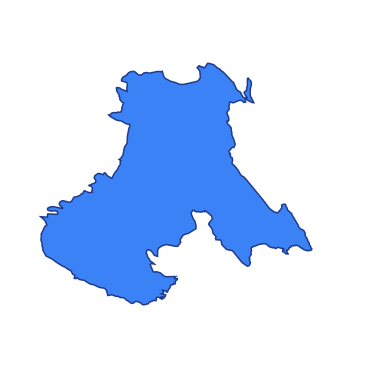 the district of Malemba-Nkulu, Katanga, Democratic Republic of the Congo, rotated 291°
{"feature_id": "63176286B11863220768150", "entity_name": "Malemba-Nkulu", "entity_type": "district", "adm_level": 2, "iso_a3": "COD", "parent_name": "Democratic Republic of the Congo", "parent_adm1": "Katanga", "projection": "equal_earth", "projection_center": [26.787, -8.06], "detail": "fine", "context": "isolated", "style": "filled", "palette": "blue", "viewbox_px": 384, "rotation_deg": 291, "n_neighbors": 0, "source": "geoboundaries", "source_scale": "gbopen_adm2", "svg_char_len": 5964}
<svg xmlns="http://www.w3.org/2000/svg" viewBox="0 0 384 384"><g transform="rotate(291 192 192)"><path d="M168.6,303.9L171.3,301.0L171.7,301.3L171.9,302.1L173.1,302.7L173.9,302.9L174.5,302.5L176.4,304.2L177.4,304.1L178.1,306.3L179.1,306.9L179.1,307.9L179.8,308.9L179.8,311.2L178.8,313.9L179.1,314.8L178.5,315.6L178.3,317.1L178.5,320.9L178.7,321.4L179.3,321.6L179.6,323.2L180.7,324.3L181.7,324.4L182.6,322.9L183.6,322.3L185.2,320.2L186.7,319.4L187.8,317.6L189.5,316.5L191.7,313.3L194.3,312.3L196.2,310.0L196.5,306.1L197.8,303.9L199.0,303.1L206.6,293.4L207.5,292.8L209.4,287.8L211.5,286.1L212.0,285.1L213.8,283.9L213.9,282.9L213.3,281.7L212.0,280.4L209.0,281.5L203.8,279.7L203.1,278.8L202.9,275.8L204.3,270.4L209.9,261.4L223.5,237.4L224.9,234.4L224.6,233.4L225.9,230.8L228.8,227.3L231.5,222.8L233.0,219.0L236.4,218.5L238.2,217.3L238.5,216.8L238.4,216.0L240.1,214.0L240.7,214.5L241.1,214.4L242.9,212.1L244.0,211.7L245.5,212.9L246.6,212.7L247.5,213.2L248.8,215.2L252.1,215.2L255.3,212.8L259.8,208.5L261.1,208.3L264.3,206.1L265.7,205.7L267.0,204.1L268.2,201.1L270.6,199.2L271.2,200.5L272.3,200.7L274.9,199.4L278.5,196.0L282.8,197.1L285.0,195.7L286.5,195.8L288.8,195.0L289.6,195.1L290.0,198.6L294.0,202.6L295.1,204.9L295.1,206.1L294.2,208.2L295.2,209.9L297.5,208.5L298.0,209.2L297.2,214.0L297.1,216.0L297.5,217.7L302.6,212.1L306.2,210.4L309.8,209.4L314.3,208.8L316.4,207.5L318.5,203.5L317.7,203.1L311.3,205.5L307.4,206.0L306.9,206.6L306.1,206.5L304.4,205.1L303.8,204.9L303.2,205.2L301.2,207.4L299.8,209.7L298.8,208.0L298.8,205.8L301.1,202.9L301.8,202.6L302.7,200.7L303.0,198.5L303.7,196.8L306.7,194.0L307.9,192.4L308.8,192.1L309.7,189.6L315.1,178.4L315.8,175.2L316.3,174.8L316.9,172.9L316.9,170.6L317.5,169.9L318.7,166.4L318.3,164.4L318.5,163.5L317.8,160.5L312.4,159.2L312.2,158.4L312.6,156.6L312.1,156.1L312.1,154.7L312.5,154.2L312.4,153.3L309.9,152.2L307.8,155.9L302.3,158.6L300.9,158.7L298.2,158.0L296.6,156.4L289.4,145.5L288.1,141.7L288.2,137.2L287.7,132.3L288.4,126.5L289.7,124.3L294.1,120.9L293.1,120.0L292.4,117.0L288.5,110.9L287.8,110.5L287.3,106.7L286.5,105.9L286.1,104.6L283.0,102.9L282.2,100.3L283.7,95.6L283.7,94.1L282.2,91.5L280.7,90.1L277.7,89.0L274.4,86.4L271.9,85.9L270.4,86.4L270.9,91.7L270.1,92.8L265.5,94.0L262.6,95.4L262.8,92.7L262.5,91.7L262.7,89.0L263.3,87.2L262.8,86.2L263.0,85.3L262.2,84.1L261.3,84.4L260.8,85.1L259.5,85.3L256.4,89.3L255.3,89.5L254.2,90.8L252.5,91.5L250.8,94.5L250.5,96.3L247.7,96.2L245.8,96.3L243.7,97.0L241.2,96.8L240.4,95.8L240.2,94.2L238.9,93.1L238.5,91.4L237.1,88.9L234.6,87.6L234.1,86.6L233.3,88.4L232.1,95.1L232.3,97.6L233.0,100.1L232.1,106.0L232.5,108.8L233.0,109.6L231.5,110.2L228.3,110.4L221.3,111.6L214.2,113.9L209.6,112.9L201.8,114.3L198.1,113.5L196.2,112.3L196.0,114.3L195.4,114.0L194.2,114.2L192.0,115.2L189.4,114.5L186.8,114.4L181.5,112.8L176.0,112.3L176.9,107.0L178.1,105.4L178.6,104.0L178.5,103.2L176.5,103.1L176.1,98.6L175.4,97.5L172.9,95.7L171.6,95.4L170.0,95.7L168.5,97.8L167.4,98.5L166.2,98.5L161.2,93.4L160.9,94.2L161.5,95.3L160.2,97.6L159.3,97.7L158.9,98.2L157.4,97.9L156.0,98.9L154.6,96.4L154.5,92.7L154.7,91.2L154.2,90.8L151.8,90.7L150.6,89.3L149.4,89.2L145.9,85.7L145.8,85.0L144.6,83.5L140.8,83.0L139.5,82.4L138.7,81.5L138.2,80.1L137.8,75.0L136.9,73.5L135.5,72.4L133.4,72.2L131.9,73.8L131.8,75.0L131.6,75.5L131.2,75.6L131.2,76.3L130.7,77.0L130.1,76.9L128.7,67.9L127.2,64.8L125.1,63.1L124.2,63.2L123.4,64.0L123.4,66.0L124.3,68.7L125.3,70.6L125.6,72.2L125.0,73.8L123.7,74.3L122.8,74.1L119.9,65.3L118.7,65.3L116.7,66.1L114.7,59.6L112.8,64.8L109.2,68.4L107.3,67.0L98.4,66.3L97.2,67.1L93.9,67.9L92.3,68.7L90.3,70.5L88.4,71.1L85.4,73.3L84.3,73.6L80.0,78.5L79.2,85.9L77.8,90.5L76.4,98.0L76.4,100.5L75.5,103.3L75.2,106.4L74.7,107.7L72.6,109.9L72.2,112.4L69.2,113.0L69.6,114.9L70.7,115.1L70.9,115.9L70.4,116.7L70.0,118.4L71.0,123.5L70.5,124.6L69.6,129.9L70.2,133.6L69.7,139.6L70.6,143.8L70.7,145.4L69.3,147.6L65.4,150.3L65.3,150.9L65.9,151.8L66.9,153.0L67.5,155.3L67.2,156.2L67.5,157.1L67.3,158.5L68.1,159.9L67.8,163.0L68.5,164.8L68.7,167.1L67.7,169.1L67.0,172.9L66.5,174.0L66.6,176.3L67.6,177.4L68.5,177.5L70.2,179.8L70.0,184.0L69.3,185.5L69.3,187.3L72.0,191.2L73.6,191.5L76.1,194.2L76.8,194.5L77.7,197.4L78.8,197.4L79.6,196.7L81.2,196.9L81.7,197.8L81.2,202.5L81.8,202.9L82.1,202.7L82.3,200.6L83.0,200.6L83.4,201.1L83.0,203.6L83.3,204.0L84.1,203.6L84.7,204.4L86.5,204.4L86.3,203.0L86.4,202.1L85.9,200.7L85.9,199.8L87.0,201.3L88.7,201.4L89.2,199.9L89.8,199.5L90.0,201.3L90.5,202.0L90.3,203.3L89.5,203.8L89.4,204.4L90.0,205.0L92.2,204.9L94.4,205.7L97.3,205.5L99.0,207.6L99.7,207.4L100.0,209.1L101.6,208.9L102.5,208.2L104.3,209.4L105.5,209.6L106.0,209.3L104.8,207.1L105.0,206.6L105.5,206.3L107.3,207.2L103.5,197.9L103.7,195.6L105.2,191.1L104.8,187.3L103.8,185.7L103.8,184.1L109.4,178.9L110.7,179.9L111.2,182.7L111.9,181.0L112.5,178.1L115.9,173.5L117.3,172.7L119.2,170.7L120.5,171.0L121.2,170.7L122.2,171.3L122.6,174.4L121.0,177.5L120.0,178.5L119.4,179.8L119.5,182.9L125.6,180.7L127.5,181.0L129.8,182.3L131.8,184.2L133.8,187.1L135.4,196.1L136.0,197.8L136.6,198.4L138.3,198.5L139.2,199.1L141.2,199.5L143.0,198.0L148.6,199.2L150.3,201.0L152.1,203.4L159.2,208.9L162.4,207.6L165.8,205.1L167.4,202.7L171.7,198.8L174.6,199.1L175.4,199.5L175.6,200.9L175.1,201.2L175.0,202.5L176.7,208.1L178.0,209.5L178.1,210.9L178.6,211.0L179.4,210.0L178.9,212.5L176.7,218.7L174.3,220.7L169.1,219.0L167.7,219.2L164.5,224.2L161.0,226.4L158.9,230.5L156.9,230.6L156.0,231.5L157.4,235.9L156.5,237.0L153.6,238.6L150.7,244.7L151.7,250.8L144.0,264.2L142.6,270.3L143.6,271.7L146.1,272.1L147.0,271.4L147.6,271.5L148.9,270.1L150.2,270.0L150.9,268.9L155.1,269.7L156.8,268.6L159.2,268.4L160.1,267.6L161.6,267.4L162.5,268.6L163.2,268.8L164.2,270.4L166.8,273.0L169.4,277.4L170.0,279.7L168.6,284.1L168.8,287.4L169.7,288.7L169.1,289.9L169.4,290.6L171.3,292.2L171.4,295.4L171.9,297.0L171.7,298.0L171.3,298.4L171.0,298.4L170.4,297.4L168.9,298.0L168.7,298.4L169.0,299.5L167.9,301.7L168.6,303.9Z" fill="#3b82f6" stroke="#1e3a8a" stroke-width="1.5"/></g></svg>